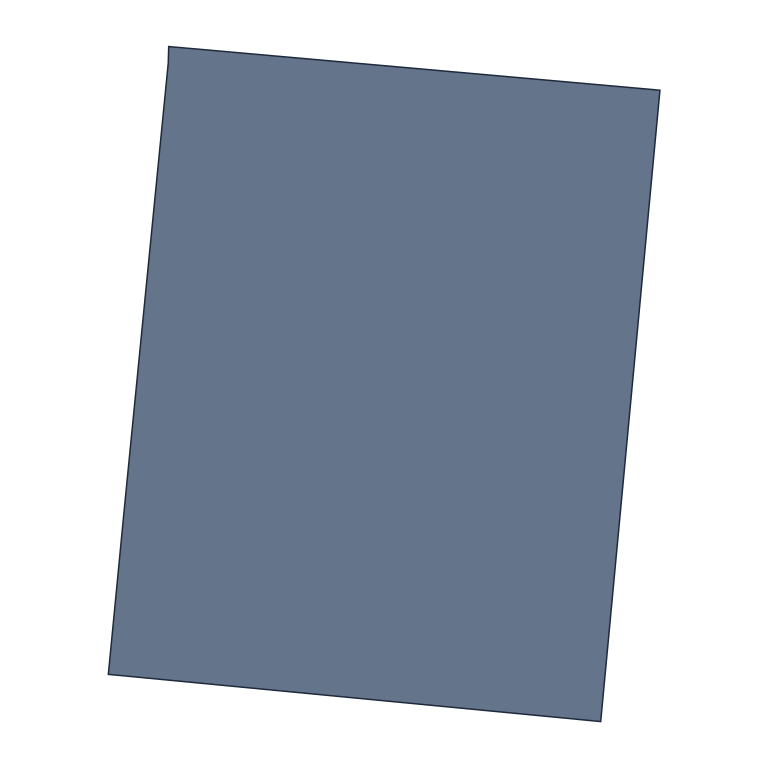 Coke, Texas, United States of America, rotated 275°
{"feature_id": "52423323B55584027344898", "entity_name": "Coke", "entity_type": "district", "adm_level": 2, "iso_a3": "USA", "parent_name": "United States of America", "parent_adm1": "Texas", "projection": "mercator", "projection_center": [-100.528, 31.89], "detail": "fine", "context": "isolated", "style": "filled", "palette": "slate", "viewbox_px": 768, "rotation_deg": 275, "n_neighbors": 0, "source": "geoboundaries", "source_scale": "gbopen_adm2", "svg_char_len": 253}
<svg xmlns="http://www.w3.org/2000/svg" viewBox="0 0 768 768"><g transform="rotate(275 384 384)"><path d="M238.7,136.2L70.7,134.7L66.6,629.3L700.7,633.3L701.4,140.1L685.0,141.1L238.7,136.2Z" fill="#64748b" stroke="#1e293b" stroke-width="1.5"/></g></svg>